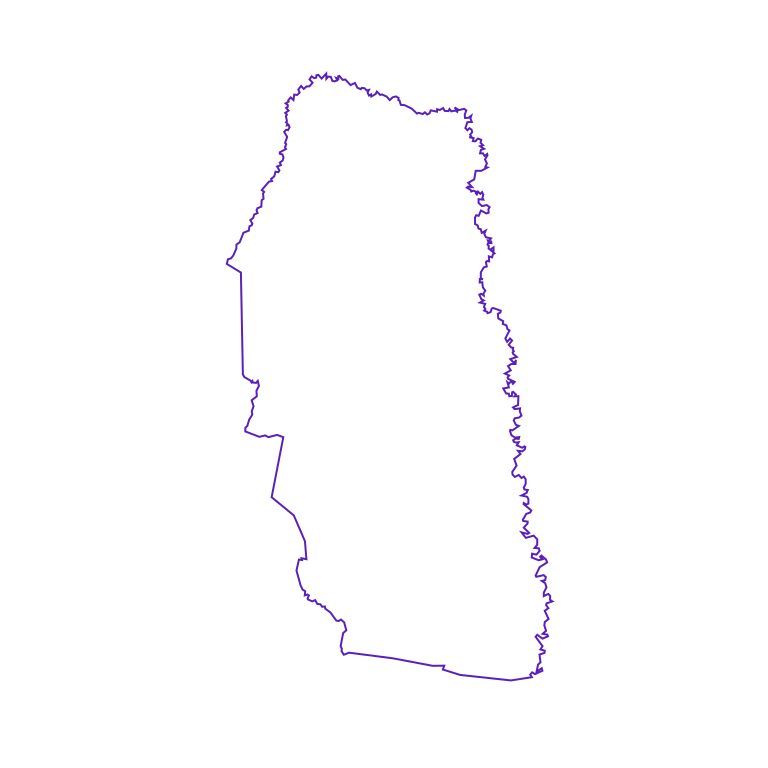 Tala, Entre Ríos, Argentina, rotated 349°
{"feature_id": "61730980B14565124860161", "entity_name": "Tala", "entity_type": "district", "adm_level": 2, "iso_a3": "ARG", "parent_name": "Argentina", "parent_adm1": "Entre Ríos", "projection": "robinson", "projection_center": [-59.248, -32.313], "detail": "fine", "context": "isolated", "style": "outline", "palette": "violet", "viewbox_px": 768, "rotation_deg": 349, "n_neighbors": 0, "source": "geoboundaries", "source_scale": "gbopen_adm2", "svg_char_len": 6111}
<svg xmlns="http://www.w3.org/2000/svg" viewBox="0 0 768 768"><g transform="rotate(349 384 384)"><path d="M526.9,191.2L524.9,190.2L527.1,187.1L526.0,182.8L529.2,179.3L529.2,177.9L526.3,179.3L525.1,176.4L522.3,175.9L523.8,172.7L527.1,172.2L523.7,168.9L526.8,168.5L524.8,165.7L526.0,162.8L522.9,161.0L520.0,163.2L517.6,162.5L518.9,159.7L514.8,158.1L517.0,158.0L516.1,155.6L518.6,153.7L518.5,151.0L516.6,149.2L514.3,150.8L512.7,148.3L515.8,142.9L520.2,143.5L519.5,139.8L520.8,137.3L517.7,138.8L514.3,138.3L514.7,134.8L517.0,131.2L515.2,129.2L509.8,129.4L506.1,126.0L508.2,129.6L507.8,130.7L506.3,129.2L502.1,129.2L500.8,126.6L499.3,128.4L495.7,127.5L494.7,124.4L491.1,125.7L488.6,124.4L488.0,126.8L482.1,124.3L480.4,126.9L477.8,127.7L476.0,125.1L473.5,126.4L469.8,124.4L468.0,124.8L463.6,118.8L457.4,114.2L453.8,113.2L453.3,108.6L452.3,108.1L452.9,105.9L450.5,104.0L447.3,104.2L443.8,106.4L441.5,102.4L437.3,99.4L435.4,99.5L432.8,95.6L431.2,97.7L426.4,99.4L426.5,97.2L424.3,98.0L423.5,94.9L425.3,92.4L423.0,92.6L421.4,90.0L418.6,89.1L417.5,90.2L414.4,88.1L412.9,82.9L408.2,84.2L404.1,77.7L401.5,77.6L399.0,73.1L397.8,73.2L397.4,75.7L395.4,74.4L396.1,77.0L393.4,77.5L391.2,76.6L390.4,72.4L387.8,71.6L385.7,73.4L386.5,68.3L381.1,72.3L378.5,68.0L376.6,68.0L375.9,70.3L373.9,70.5L371.7,68.2L369.0,70.8L371.4,74.6L367.6,77.6L364.9,77.1L361.5,79.0L359.5,75.6L356.0,78.7L356.8,81.8L353.9,83.7L351.1,82.8L349.3,88.0L347.1,84.9L344.1,87.3L344.2,88.7L341.0,89.7L342.8,91.9L342.4,93.6L340.6,94.3L342.5,97.5L338.8,99.0L340.1,101.0L338.8,102.5L338.9,107.3L337.8,108.5L338.9,109.9L338.0,111.6L339.8,111.5L340.3,113.9L338.3,116.4L336.4,115.8L334.1,117.5L336.1,122.9L332.9,128.5L333.8,129.9L331.9,132.7L332.7,134.6L325.9,136.7L325.7,138.2L328.1,139.3L328.6,142.3L327.3,145.2L324.0,146.8L324.6,149.5L320.5,150.1L322.1,154.4L320.7,155.9L318.0,154.9L315.9,159.2L312.3,161.2L312.8,163.4L309.7,163.4L301.0,170.3L303.0,172.6L301.6,173.8L301.1,179.2L299.0,180.2L297.4,186.5L293.3,187.3L292.0,189.2L292.5,192.1L288.9,192.9L287.3,196.0L284.0,197.6L285.4,201.4L284.4,203.0L282.0,203.5L280.6,207.6L274.9,208.7L269.4,217.3L265.7,219.1L264.9,222.9L260.6,229.1L257.7,231.5L254.6,231.8L252.6,236.1L264.8,247.3L247.3,347.6L248.2,350.5L253.7,355.3L254.2,357.0L255.4,356.0L255.4,357.5L258.6,358.5L260.7,356.9L260.8,362.1L257.5,366.3L256.8,371.8L251.0,374.7L251.7,381.0L249.0,385.5L248.9,388.9L244.9,393.2L241.8,399.1L239.6,400.5L238.8,404.1L251.6,412.1L257.6,411.8L260.4,414.1L269.4,413.6L275.0,417.0L252.1,473.7L270.4,495.8L276.4,523.2L274.4,541.2L269.8,539.3L269.9,541.1L267.0,540.1L262.5,550.4L263.7,565.9L264.9,570.3L267.1,572.4L265.9,576.4L268.7,576.0L269.9,577.2L268.0,580.0L268.4,581.1L272.2,583.7L275.2,583.0L276.5,587.1L279.6,588.2L280.8,590.9L283.5,591.1L283.5,593.4L287.8,598.0L292.1,607.2L294.3,608.0L296.8,607.0L299.4,610.4L300.0,618.6L296.4,620.7L291.4,633.0L292.1,636.0L291.3,638.1L292.9,642.1L298.5,641.1L340.5,655.0L377.9,669.9L389.4,672.0L387.3,675.5L403.2,684.1L452.0,699.2L473.2,700.0L472.1,697.1L474.4,695.3L476.9,697.6L484.8,695.7L484.6,693.1L478.9,695.4L481.7,688.8L484.5,687.1L485.0,679.3L490.2,678.6L490.9,676.5L486.9,674.4L489.6,671.6L484.6,661.1L486.6,659.4L491.0,664.2L496.8,663.0L496.5,661.2L492.1,659.5L496.0,657.2L495.3,651.7L496.5,648.2L500.7,646.1L498.5,637.3L502.6,635.4L500.9,632.0L501.8,630.3L507.8,629.5L505.8,627.5L506.7,623.7L505.1,621.4L500.4,622.7L501.1,619.2L504.7,614.6L504.2,610.3L501.4,607.4L504.8,607.3L506.0,604.4L504.3,602.1L496.7,602.3L496.3,601.0L501.8,593.5L510.1,590.2L509.5,587.1L505.8,582.4L504.2,583.4L506.2,586.3L502.2,586.5L495.9,582.5L497.0,578.8L501.1,580.6L504.9,577.5L504.6,574.8L500.5,573.7L503.7,571.1L504.8,565.7L502.0,561.4L493.9,562.1L490.7,555.9L496.3,558.5L498.1,557.9L493.8,551.7L498.3,548.3L498.8,546.5L494.5,545.0L494.4,543.8L498.8,538.7L503.0,538.0L504.5,536.2L498.1,528.5L498.5,527.5L500.6,529.5L502.9,529.0L503.8,524.6L503.0,522.0L497.6,519.7L503.2,518.1L504.9,515.5L501.7,514.3L501.5,512.3L504.0,509.1L504.9,504.5L503.6,501.6L501.0,502.5L498.9,499.0L494.7,500.2L492.9,497.5L493.1,494.8L498.6,489.4L497.5,482.4L504.6,478.8L502.8,475.2L507.0,476.5L509.7,475.0L510.7,472.9L509.9,472.0L507.4,472.9L502.7,469.5L505.1,466.8L502.4,466.7L500.4,465.5L500.1,463.9L502.7,462.7L505.8,463.6L506.6,461.9L502.6,461.7L499.4,458.8L498.7,454.3L499.3,453.1L501.2,454.0L508.4,450.9L505.7,449.2L504.4,444.7L505.8,442.6L510.1,442.7L512.9,441.3L512.1,436.6L512.9,433.9L507.5,433.6L506.2,431.6L511.6,430.2L513.6,421.6L509.7,421.0L511.5,419.4L509.2,416.3L508.2,416.6L507.2,420.2L504.7,419.9L504.7,417.3L502.1,416.6L500.2,411.1L505.9,411.2L505.5,405.8L506.8,407.4L509.7,405.3L510.6,408.4L512.7,406.8L506.6,402.4L506.6,401.1L508.5,399.5L504.7,396.8L511.0,394.8L509.2,390.1L512.9,388.6L516.9,389.5L518.1,385.4L517.3,387.2L515.3,387.5L512.7,383.7L519.5,382.8L516.5,379.0L516.3,377.5L517.7,376.6L516.9,374.9L517.7,373.1L515.8,372.4L513.9,369.3L518.0,365.8L516.4,363.4L512.9,366.1L511.8,362.4L517.4,355.4L515.7,353.7L515.3,349.7L512.1,347.8L513.0,345.0L508.7,341.5L509.2,336.8L511.9,336.0L512.6,334.3L505.6,330.2L504.2,330.5L502.3,333.8L499.1,334.2L498.9,332.7L496.3,331.0L497.8,329.7L496.8,327.4L498.6,324.6L493.7,322.4L497.8,321.0L495.7,319.2L494.6,314.5L496.6,314.0L498.8,316.2L498.8,314.4L501.2,311.7L499.5,308.0L499.9,302.9L497.3,302.6L498.1,299.3L501.1,300.1L499.2,298.5L500.4,292.8L504.2,288.6L507.3,288.3L507.3,283.8L508.8,282.9L510.6,283.7L511.3,278.7L514.3,280.3L515.5,277.6L517.4,276.8L515.1,274.0L517.0,274.0L517.6,270.8L513.9,272.4L512.5,271.0L513.2,268.3L512.2,266.9L513.2,265.4L516.3,266.2L516.3,264.6L513.7,264.5L513.3,262.8L514.7,263.2L516.8,261.5L512.0,259.4L511.1,255.7L513.0,252.9L508.8,254.3L508.5,250.5L506.4,249.5L506.2,246.2L503.9,244.3L505.1,238.0L506.7,235.9L509.0,237.0L512.3,232.2L517.0,236.1L519.4,235.8L519.8,232.4L521.4,230.6L519.1,228.0L514.1,228.0L511.4,224.3L512.1,220.6L516.7,222.0L516.2,219.9L517.6,217.1L516.9,214.4L514.9,215.8L513.0,213.1L511.3,215.6L510.5,214.3L511.1,212.8L508.6,211.3L506.4,211.7L506.1,209.9L502.8,207.1L504.2,206.3L508.0,207.5L505.1,202.6L511.6,200.4L514.7,192.2L520.2,193.3L526.9,191.2Z" fill="none" stroke="#5b21b6" stroke-width="2"/></g></svg>